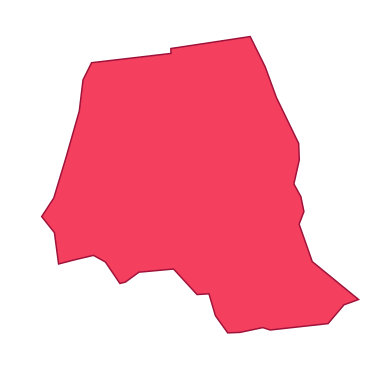 outline of Madaoua, Tahoua, Niger, rotated 83°
{"feature_id": "23599985B88186704259068", "entity_name": "Madaoua", "entity_type": "district", "adm_level": 2, "iso_a3": "NER", "parent_name": "Niger", "parent_adm1": "Tahoua", "projection": "natural_earth1", "projection_center": [6.217, 14.01], "detail": "fine", "context": "isolated", "style": "filled", "palette": "rose", "viewbox_px": 384, "rotation_deg": 83, "n_neighbors": 0, "source": "geoboundaries", "source_scale": "gbopen_adm2", "svg_char_len": 630}
<svg xmlns="http://www.w3.org/2000/svg" viewBox="0 0 384 384"><g transform="rotate(83 192 192)"><path d="M51.4,275.9L67.4,286.5L97.9,294.0L142.8,313.0L181.1,329.9L198.1,344.2L215.6,333.5L247.2,333.2L244.9,316.0L242.9,297.5L250.9,286.5L274.0,274.7L273.3,269.1L265.1,254.5L265.3,249.1L266.2,219.7L294.4,199.5L295.1,187.6L317.7,183.8L336.2,173.7L337.2,161.5L335.2,138.3L338.5,131.2L339.2,73.0L322.5,54.9L319.0,39.8L307.8,50.5L275.8,81.1L237.0,89.6L225.1,83.3L209.9,84.5L196.4,89.9L173.3,81.6L156.8,80.2L108.6,96.7L76.7,104.1L44.8,115.3L47.0,195.5L51.9,196.0L51.4,275.9Z" fill="#f43f5e" stroke="#9f1239" stroke-width="1.5"/></g></svg>